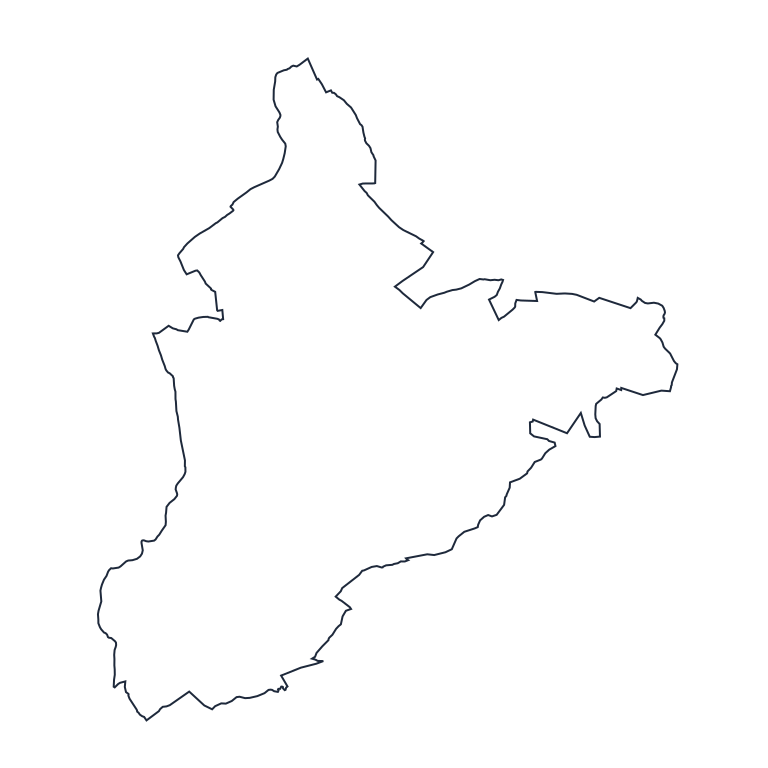 Cenade, Alba, Romania (Robinson projection), rotated 178°
{"feature_id": "2599482B32969381521315", "entity_name": "Cenade", "entity_type": "district", "adm_level": 2, "iso_a3": "ROU", "parent_name": "Romania", "parent_adm1": "Alba", "projection": "robinson", "projection_center": [24.001, 46.05], "detail": "fine", "context": "isolated", "style": "outline", "palette": "slate", "viewbox_px": 768, "rotation_deg": 178, "n_neighbors": 0, "source": "geoboundaries", "source_scale": "gbopen_adm2", "svg_char_len": 6098}
<svg xmlns="http://www.w3.org/2000/svg" viewBox="0 0 768 768"><g transform="rotate(178 384 384)"><path d="M664.7,90.9L663.7,90.2L660.1,93.5L658.2,94.6L652.9,95.8L653.6,90.3L652.6,85.1L650.2,83.2L650.1,82.3L650.3,81.9L650.3,81.4L649.3,78.4L642.6,67.3L642.2,66.3L642.1,65.2L640.8,64.1L639.5,62.1L637.4,60.5L635.3,59.6L633.1,56.1L620.4,64.9L619.1,66.9L616.4,69.1L612.6,69.4L609.3,70.5L589.4,83.4L574.8,69.0L567.1,64.9L564.0,67.9L557.8,70.5L553.2,70.1L547.2,72.5L542.3,76.2L539.3,76.5L533.8,74.9L529.2,75.0L521.5,76.5L514.2,79.2L510.1,82.3L508.0,82.5L506.5,82.2L504.5,80.8L500.8,80.0L500.1,81.3L500.6,82.4L500.2,83.0L498.4,83.0L497.3,85.1L496.6,85.2L495.7,84.8L495.5,83.3L493.9,81.5L493.1,81.8L492.4,84.0L491.0,85.1L497.0,96.2L477.0,103.4L461.5,106.8L454.3,109.2L460.0,109.6L462.1,110.9L465.5,112.0L462.4,113.8L460.8,117.6L454.7,124.1L448.5,129.9L448.3,131.0L447.6,132.3L444.3,135.2L440.4,141.0L437.8,143.6L435.5,145.3L433.5,153.2L430.0,158.7L424.8,160.3L425.9,162.1L434.0,168.8L436.1,170.0L439.7,173.2L434.4,178.4L432.9,181.5L415.5,194.1L412.3,198.1L410.5,198.4L402.7,201.6L397.5,202.3L392.7,200.7L391.7,200.8L391.2,201.5L388.2,202.7L382.0,203.0L380.3,203.8L376.5,204.4L373.4,206.1L369.4,205.9L366.0,207.1L367.4,208.1L368.1,209.0L346.7,212.3L339.8,211.3L328.5,213.7L322.0,216.5L316.9,227.1L314.8,229.1L308.9,233.5L298.4,236.5L295.3,237.7L294.8,240.1L292.7,244.4L288.6,247.8L284.5,249.4L280.7,247.9L276.0,249.3L268.2,259.0L266.9,266.5L265.6,267.9L265.2,269.4L262.0,276.0L261.5,281.3L251.6,284.6L244.1,289.7L243.6,291.6L239.9,295.2L236.1,300.8L229.9,303.0L228.8,303.9L225.2,309.2L221.2,312.6L214.8,316.0L215.5,319.5L221.1,321.3L222.7,323.1L235.9,326.4L239.6,329.6L239.5,340.6L236.7,341.3L236.2,343.2L202.8,328.4L188.3,348.2L184.9,335.5L180.2,324.1L175.4,323.6L170.0,323.9L169.9,336.5L172.3,339.3L173.7,342.4L173.9,346.3L173.2,354.7L172.6,356.8L167.3,360.9L165.8,362.9L163.8,362.5L161.8,362.9L152.2,368.8L151.6,371.4L147.2,369.7L147.0,371.8L125.6,363.9L107.0,367.7L98.5,366.8L97.2,370.9L97.2,371.8L96.5,372.9L96.2,375.5L90.7,388.5L90.1,393.5L91.7,394.6L93.4,396.8L97.0,404.5L101.9,409.6L103.2,411.5L104.3,415.8L106.0,419.2L106.9,420.3L111.1,423.8L106.5,430.7L103.8,434.0L101.7,437.4L101.6,439.9L102.4,440.4L102.4,442.0L102.1,442.9L101.1,444.4L100.7,445.7L100.9,447.3L101.9,450.3L103.2,452.5L107.1,454.8L111.4,455.8L117.5,455.3L120.3,455.9L123.5,458.2L124.4,459.4L127.4,461.2L128.3,458.0L128.9,456.9L135.0,451.2L165.9,462.6L171.1,459.1L188.3,466.4L192.9,467.5L200.2,468.2L208.4,468.1L222.4,470.3L229.1,470.8L229.6,470.7L229.6,470.4L228.1,461.6L244.3,462.7L248.6,463.4L250.0,460.0L250.2,456.8L250.7,455.9L252.8,453.9L261.7,447.1L264.3,446.0L267.1,443.9L276.1,464.7L270.4,467.3L268.2,469.0L266.9,472.2L264.9,475.5L263.4,479.3L262.0,482.0L261.4,483.8L263.2,484.4L266.0,483.7L269.8,484.3L274.1,484.0L279.8,485.2L281.0,485.0L284.8,485.6L289.6,483.6L295.4,480.4L303.4,476.9L308.5,475.8L312.3,475.5L318.1,474.0L320.5,473.1L327.2,471.6L334.7,469.2L338.6,466.5L344.7,458.6L362.1,474.0L365.3,477.4L369.7,480.9L361.9,486.3L340.8,499.5L330.3,514.1L341.9,523.1L340.7,524.0L339.4,525.4L340.3,526.1L343.7,528.1L346.8,530.5L359.2,537.1L363.5,540.2L370.9,547.5L374.0,551.2L382.7,560.2L384.9,563.0L387.2,566.5L393.5,573.1L394.7,575.6L396.6,577.4L401.6,584.2L398.1,585.1L386.9,584.8L385.8,585.1L384.6,607.7L386.4,611.8L386.6,613.0L388.5,616.1L389.3,620.2L390.7,622.6L393.2,625.2L394.5,627.9L394.6,629.1L394.3,630.1L394.9,631.7L395.8,636.0L396.5,641.9L397.5,643.5L398.8,644.5L401.7,650.6L402.8,653.8L407.3,661.5L411.4,665.3L414.2,669.0L418.6,672.2L420.8,673.3L422.0,675.2L423.8,676.7L425.6,676.9L426.8,679.3L431.7,677.5L435.6,685.7L438.5,690.4L439.0,691.2L440.3,690.6L448.8,711.9L457.4,705.9L460.1,704.4L463.6,705.3L465.5,704.5L467.4,702.8L469.4,702.1L470.1,701.5L473.2,701.0L479.6,698.6L480.9,697.1L481.9,694.4L482.2,690.2L483.9,681.9L484.4,672.0L482.7,665.3L479.0,659.0L478.1,656.5L478.2,655.4L478.8,653.8L480.5,651.6L481.6,649.4L481.1,644.9L481.6,642.2L481.4,639.6L479.1,634.7L477.3,631.7L474.3,627.7L473.9,625.0L475.2,618.1L476.8,612.4L478.1,608.6L481.3,602.4L485.9,595.1L488.2,592.9L491.5,591.3L506.8,585.2L510.6,583.4L514.7,580.3L523.6,574.4L527.9,571.1L529.2,568.6L530.9,567.2L531.2,566.5L528.6,563.6L528.4,563.0L528.9,562.3L532.6,559.7L534.9,558.4L537.0,556.6L539.6,555.4L544.9,551.3L546.5,550.6L553.2,545.9L562.9,540.8L567.9,537.6L575.6,531.3L579.1,527.7L580.0,526.0L583.9,521.8L585.4,519.8L585.1,517.8L583.1,513.5L580.0,504.9L577.4,500.5L568.5,503.8L566.7,504.0L564.7,501.9L563.3,499.1L559.4,492.6L558.7,490.6L553.9,485.8L553.5,485.3L553.6,484.6L553.2,484.1L549.5,482.0L548.2,463.6L547.7,462.9L543.0,463.6L542.5,454.4L544.0,454.2L545.5,452.8L546.0,453.1L546.7,454.3L548.4,455.0L557.2,456.9L557.7,457.3L562.3,457.3L566.9,456.8L570.6,455.9L571.8,455.2L577.2,445.3L578.7,443.1L588.2,445.0L589.5,445.9L593.1,447.0L597.2,449.7L607.1,443.0L609.4,442.5L613.2,442.6L612.1,439.3L611.4,438.0L610.6,435.0L608.9,430.0L607.8,425.7L605.9,420.4L604.8,416.1L602.5,409.6L601.8,406.7L601.1,405.2L599.4,403.0L597.8,402.2L594.7,399.1L594.6,398.1L594.0,397.1L593.8,389.5L593.3,386.0L592.7,383.6L592.9,376.2L592.6,373.7L592.4,364.2L591.2,358.5L591.1,355.7L590.0,347.4L589.0,334.7L585.6,314.6L585.9,308.7L585.4,307.7L585.5,303.2L586.3,301.0L588.1,297.9L593.6,291.8L595.1,289.7L595.6,287.9L595.9,285.9L594.7,282.1L594.5,280.9L594.8,279.5L597.5,276.3L602.4,272.7L605.6,268.8L606.3,262.9L606.9,260.1L606.8,253.9L607.2,250.5L611.2,245.2L613.9,241.2L615.7,239.5L617.7,236.6L619.2,235.5L625.0,234.8L627.2,235.2L629.3,236.1L630.3,236.2L631.3,235.9L631.8,235.0L631.9,233.7L630.9,226.2L631.8,222.9L633.7,220.2L637.0,217.9L641.6,216.7L645.8,216.5L647.9,215.7L653.7,210.9L655.6,209.8L661.4,209.1L663.2,209.4L665.3,207.5L666.3,206.0L668.0,201.9L670.7,198.2L672.9,193.3L673.9,190.2L674.6,187.4L674.1,176.6L677.2,167.3L677.9,163.9L677.7,158.6L677.8,154.9L676.4,150.9L675.2,148.7L672.5,145.4L670.9,144.7L669.5,143.2L668.7,140.7L667.9,140.1L665.4,139.6L661.7,136.2L660.9,134.9L660.8,132.5L661.3,130.6L662.5,127.6L663.1,122.7L663.0,118.5L663.3,112.2L663.1,108.2L663.2,102.8L664.1,97.9L664.7,90.9Z" fill="none" stroke="#1e293b" stroke-width="2"/></g></svg>